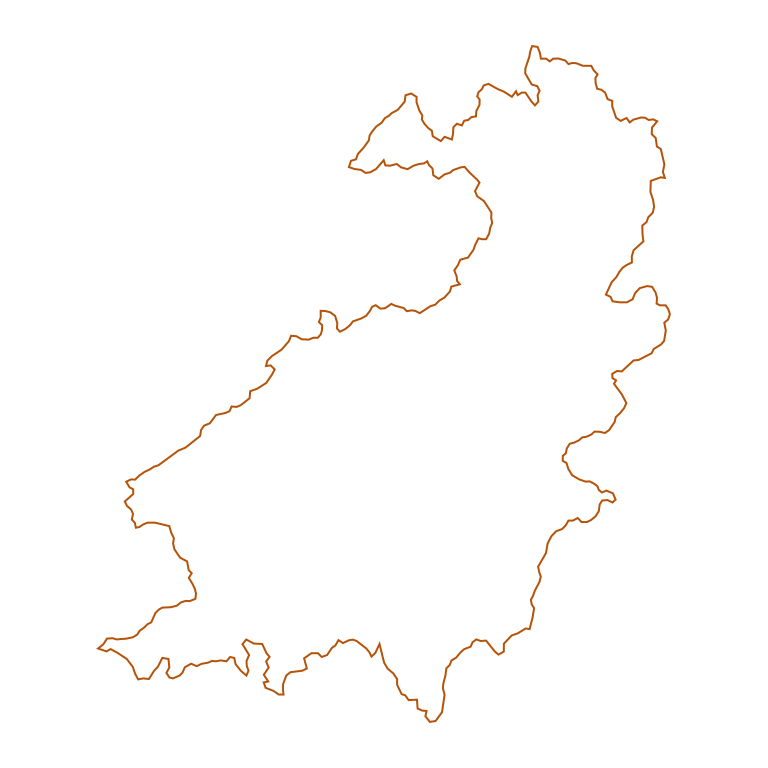 outline of Iporanga, São Paulo, Brazil
{"feature_id": "56859067B48219000211613", "entity_name": "Iporanga", "entity_type": "district", "adm_level": 2, "iso_a3": "BRA", "parent_name": "Brazil", "parent_adm1": "São Paulo", "projection": "robinson", "projection_center": [-48.552, -24.49], "detail": "fine", "context": "isolated", "style": "outline", "palette": "amber", "viewbox_px": 768, "rotation_deg": 0, "n_neighbors": 0, "source": "geoboundaries", "source_scale": "gbopen_adm2", "svg_char_len": 6080}
<svg xmlns="http://www.w3.org/2000/svg" viewBox="0 0 768 768"><path d="M126.2,481.7L129.5,487.3L133.2,489.3L133.2,494.0L124.8,501.5L127.0,505.9L131.1,509.5L133.0,513.8L131.8,519.6L134.8,522.7L135.9,527.7L139.5,527.0L142.7,524.7L147.3,522.7L155.2,522.7L169.3,526.1L171.2,532.6L173.9,538.2L173.1,543.4L174.4,549.2L180.1,557.7L187.1,561.4L188.7,570.1L191.7,573.2L188.8,577.8L192.6,584.1L194.8,588.8L196.0,593.5L195.4,598.8L189.8,601.1L185.6,600.9L180.9,602.4L177.0,605.6L171.2,607.2L162.3,607.6L159.1,609.4L155.4,613.0L151.2,622.4L147.5,624.2L144.1,627.6L139.6,630.8L137.3,634.5L133.0,637.2L126.7,638.6L116.5,639.4L112.5,638.2L107.0,638.6L103.4,644.2L98.1,648.5L106.5,651.4L110.6,649.1L117.6,652.9L126.8,659.0L132.8,666.9L135.0,673.4L138.1,679.4L143.2,678.4L148.9,679.0L154.3,670.5L157.8,666.9L162.3,657.9L168.5,659.0L169.3,667.6L166.4,672.9L169.4,677.5L173.0,678.4L179.7,675.5L182.4,672.8L184.9,667.2L191.2,663.7L196.7,666.2L201.4,663.9L208.2,662.6L212.0,660.9L215.8,661.3L220.7,660.4L226.5,661.3L230.1,657.0L234.2,657.9L235.6,664.2L241.0,670.9L246.4,675.6L248.5,670.7L246.8,666.0L246.5,661.2L249.1,655.0L242.5,644.2L246.2,639.5L253.7,643.5L262.2,644.0L266.5,653.2L269.6,656.8L266.1,661.5L268.7,667.6L263.8,674.7L268.2,681.5L263.7,682.4L265.6,687.8L273.5,690.9L278.7,694.5L283.5,694.5L282.9,689.4L283.1,684.0L286.3,675.5L290.4,672.2L302.4,670.7L306.8,668.5L304.1,658.3L311.5,653.2L318.0,653.2L321.7,657.0L327.1,655.0L331.8,648.0L335.4,645.4L338.5,640.1L342.9,643.1L349.1,640.2L353.1,639.7L356.6,641.0L366.2,648.4L369.3,652.1L371.5,656.6L375.3,653.0L379.5,644.0L384.1,662.6L387.7,668.7L393.3,673.4L397.1,679.0L397.1,684.8L401.6,694.1L405.3,695.4L408.6,700.1L417.0,699.7L417.6,708.6L422.3,710.6L426.5,710.9L425.4,716.3L429.8,721.9L435.6,721.0L442.0,712.2L444.6,694.7L442.9,688.2L443.3,683.7L445.4,675.6L446.4,668.2L449.7,665.1L451.6,660.3L456.1,657.7L460.9,652.0L464.3,649.1L470.6,646.7L472.6,642.2L476.3,639.4L480.7,641.0L486.1,640.6L494.9,651.6L498.5,654.6L503.8,651.6L503.9,643.7L511.8,635.4L517.6,633.4L525.7,628.5L529.6,629.1L532.5,617.9L534.1,608.1L531.7,604.4L530.9,599.8L533.1,595.7L534.7,591.0L539.6,581.6L540.8,576.4L539.3,572.4L538.1,566.7L546.0,553.0L547.6,543.6L551.4,536.2L556.1,531.3L562.2,529.0L565.9,525.2L568.4,520.6L572.9,520.6L577.7,518.0L581.6,522.1L587.0,522.0L591.1,520.0L595.5,516.4L598.8,511.1L599.7,504.4L602.2,500.5L607.6,500.1L612.5,502.5L615.6,499.6L612.9,493.3L606.3,490.6L601.9,492.5L598.8,489.9L597.4,486.2L594.1,483.7L589.7,481.4L585.6,481.6L579.2,479.4L572.1,475.2L568.3,468.9L566.5,463.0L562.7,460.8L562.8,455.8L565.9,453.2L566.8,448.4L569.8,443.7L574.2,442.6L579.0,440.3L582.2,437.4L586.6,436.7L591.2,434.6L594.5,431.6L599.7,431.8L605.0,433.0L609.2,430.0L614.6,422.0L615.8,417.1L620.0,413.2L624.1,408.1L626.4,403.1L621.8,394.3L614.0,383.8L616.1,380.4L612.5,378.1L612.2,373.9L617.0,371.0L621.8,371.4L633.5,360.5L638.7,359.9L651.7,353.2L653.7,349.0L661.0,344.5L664.1,340.9L665.8,330.6L664.3,322.7L668.2,319.4L669.9,314.4L668.4,309.5L665.7,305.3L659.9,305.3L656.6,303.6L657.0,297.8L655.6,292.6L652.1,286.8L647.1,286.1L639.8,288.1L635.1,293.1L632.6,299.3L626.9,302.3L619.7,302.3L612.5,301.3L610.6,296.9L605.9,294.6L611.6,282.3L616.5,276.9L619.5,271.6L622.7,267.7L626.8,264.9L631.9,262.5L631.8,256.5L633.6,250.2L643.4,241.4L642.5,233.8L642.3,225.5L646.5,222.2L648.3,217.2L652.7,212.7L654.1,206.9L653.1,200.1L650.4,191.8L650.8,180.9L660.8,177.3L664.8,177.9L662.9,172.0L664.4,164.4L660.8,149.0L656.9,146.5L655.7,138.0L651.7,134.1L652.0,127.6L657.2,121.3L653.3,119.4L648.7,120.0L645.0,117.7L641.1,117.5L633.2,119.7L629.8,122.4L626.5,118.0L620.7,120.9L616.1,117.8L612.2,106.3L612.2,100.9L607.6,99.1L605.1,92.6L601.2,89.7L597.2,88.8L595.6,83.0L595.4,78.0L597.6,74.4L593.8,70.4L591.2,65.8L583.0,65.8L576.2,63.2L572.0,63.0L568.5,64.1L565.3,60.5L558.3,58.5L553.1,58.7L549.8,61.4L546.1,58.7L540.9,58.7L540.0,53.1L537.6,46.9L532.1,46.1L530.1,52.0L529.3,56.8L525.4,68.4L525.2,73.3L531.7,84.5L537.2,86.1L539.6,90.8L537.6,95.3L538.4,101.6L534.9,105.4L531.4,101.4L525.4,92.6L521.8,92.6L517.7,95.1L516.0,91.3L511.9,96.8L504.0,91.7L497.6,89.0L488.5,83.9L483.7,85.4L482.0,89.0L478.4,92.4L477.2,96.4L479.6,99.5L479.5,104.8L476.3,111.1L476.0,116.4L471.4,117.1L468.2,120.0L464.2,120.7L461.9,125.4L456.8,123.8L453.4,127.2L453.0,134.3L451.8,139.5L444.6,136.8L440.8,141.1L432.7,136.2L431.9,130.8L428.1,127.9L424.6,124.0L421.9,119.6L422.3,115.3L419.3,110.5L416.5,102.1L416.6,96.9L411.1,93.5L405.5,95.3L404.7,101.6L397.7,109.9L391.7,113.1L389.0,115.7L384.8,118.2L381.7,122.7L376.3,126.5L372.6,131.0L369.7,135.3L368.8,140.5L363.1,148.3L357.9,153.9L356.0,159.3L351.0,160.8L348.9,167.1L354.5,169.0L361.0,169.9L365.7,172.9L370.3,172.3L376.1,169.0L383.7,160.2L385.4,165.4L390.0,165.7L396.8,164.0L401.0,167.3L407.6,169.2L413.3,165.8L419.1,164.0L424.0,163.4L427.2,161.3L429.0,165.1L432.5,168.5L433.3,175.2L438.7,178.8L444.7,174.3L450.1,172.7L453.0,170.1L460.7,167.4L464.6,166.9L470.0,173.0L477.2,179.7L479.5,182.6L475.0,191.2L477.2,196.3L483.9,201.0L491.4,212.5L491.2,218.1L492.2,222.9L490.3,227.6L489.1,233.8L486.2,239.2L482.0,239.2L478.5,238.3L475.3,244.6L473.5,249.7L468.0,257.6L460.3,259.7L457.8,265.3L454.3,270.4L456.6,276.2L457.1,281.0L459.8,284.3L451.4,286.6L449.9,291.5L444.3,297.7L439.4,300.5L435.2,304.7L430.6,306.1L419.7,313.2L415.1,310.8L411.4,310.4L406.8,311.2L403.8,308.1L394.8,305.6L391.3,303.9L385.0,308.3L380.4,308.6L375.7,305.2L372.1,306.8L369.9,310.9L366.2,315.8L361.2,318.5L352.9,321.4L350.2,325.0L345.2,329.1L339.9,331.7L336.9,328.4L337.3,323.1L335.1,315.9L330.5,312.4L325.3,311.0L320.7,310.8L320.7,317.6L318.9,322.1L322.2,325.2L322.0,330.1L320.9,334.2L317.7,337.8L313.5,337.7L308.9,339.6L301.8,339.3L296.3,336.2L291.1,335.8L289.0,341.1L281.5,349.7L271.8,356.2L267.4,360.6L266.0,366.1L270.6,365.4L274.7,369.4L272.1,374.4L266.2,383.0L257.2,388.7L250.2,391.2L249.6,398.2L240.7,405.2L236.7,406.9L231.6,406.5L229.5,411.2L225.3,413.0L216.0,415.0L209.8,423.3L204.0,425.7L201.1,430.0L200.1,436.0L185.5,447.6L178.2,450.7L158.4,465.3L153.9,466.7L149.2,469.8L144.8,471.7L139.5,475.4L135.1,479.6L131.1,479.4L126.2,481.7Z" fill="none" stroke="#b45309" stroke-width="2"/></svg>